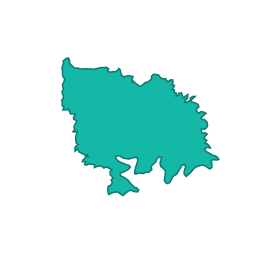 Diamante do Sul, Paraná, Brazil, rotated 126°
{"feature_id": "56859067B73289338491032", "entity_name": "Diamante do Sul", "entity_type": "district", "adm_level": 2, "iso_a3": "BRA", "parent_name": "Brazil", "parent_adm1": "Paraná", "projection": "mercator", "projection_center": [-52.698, -24.994], "detail": "fine", "context": "isolated", "style": "filled", "palette": "teal", "viewbox_px": 256, "rotation_deg": 126, "n_neighbors": 0, "source": "geoboundaries", "source_scale": "gbopen_adm2", "svg_char_len": 3524}
<svg xmlns="http://www.w3.org/2000/svg" viewBox="0 0 256 256"><g transform="rotate(126 128 128)"><path d="M95.8,49.6L94.7,52.0L94.3,54.7L95.1,56.6L93.5,57.0L91.6,57.1L91.9,60.0L89.3,60.9L86.4,60.3L86.5,62.7L88.3,64.3L87.9,66.6L85.5,68.0L84.2,65.6L81.5,64.5L79.2,65.1L76.6,67.7L76.3,71.4L77.7,73.1L77.0,75.1L75.0,74.5L72.4,74.0L70.3,73.5L70.6,75.8L71.8,78.6L74.7,79.6L73.7,83.1L71.5,83.9L69.5,82.9L67.7,85.0L68.2,88.2L69.1,91.3L69.1,93.8L71.9,95.4L74.1,97.1L72.2,98.0L69.3,97.3L65.7,99.2L68.7,100.4L70.8,100.4L70.3,102.5L68.1,105.4L70.0,107.3L71.8,106.5L73.8,107.9L71.4,109.1L71.9,111.7L69.9,112.9L71.1,115.3L68.7,114.9L66.2,115.5L67.2,117.7L64.5,118.5L62.8,120.1L64.2,122.0L66.4,122.4L67.3,125.0L65.8,126.4L67.5,128.1L68.3,131.2L67.2,134.3L68.3,137.1L69.5,138.9L72.1,139.4L74.7,137.8L77.5,138.5L79.6,139.2L81.0,140.8L86.1,141.8L87.4,143.3L87.4,145.7L87.4,148.9L86.8,151.1L88.6,151.7L87.0,153.0L83.4,154.2L85.6,158.9L87.6,160.1L89.4,162.1L88.9,164.5L87.4,166.6L85.6,168.3L85.3,170.4L87.4,170.3L89.9,171.2L91.3,173.4L93.6,175.5L93.7,178.1L91.3,178.6L91.7,181.3L93.5,183.3L95.0,185.5L97.1,187.2L98.8,188.7L100.9,190.3L101.7,192.3L103.3,194.4L104.7,196.7L108.1,200.9L109.2,204.2L111.0,206.3L110.3,211.4L109.9,213.5L107.6,214.9L106.4,217.5L108.6,219.0L112.0,219.9L113.2,218.3L115.8,217.7L118.5,216.5L120.1,214.8L121.8,213.5L123.5,212.0L124.7,210.6L125.5,208.1L128.2,207.0L130.5,206.7L132.1,205.9L133.7,203.9L135.2,202.7L137.2,202.9L139.1,201.0L140.4,198.6L142.3,197.9L144.5,198.0L146.0,196.0L148.5,194.7L148.9,192.0L151.7,191.4L149.3,188.2L147.4,186.9L148.9,185.5L150.4,182.6L148.9,180.9L147.8,178.6L150.9,178.6L152.8,177.1L152.3,173.7L154.9,173.1L157.5,172.9L159.1,172.1L160.6,170.2L163.3,170.4L162.4,168.3L160.8,167.3L162.8,166.0L165.3,165.4L168.6,163.1L170.6,161.0L170.5,158.7L174.6,159.7L177.9,157.2L174.3,156.3L176.1,153.8L175.7,150.1L175.0,148.0L175.7,145.4L178.5,145.2L180.3,145.7L182.1,145.2L180.1,142.5L183.1,141.6L182.3,139.6L180.6,139.2L179.5,137.2L177.2,133.5L179.8,131.9L178.1,130.9L176.1,129.8L174.3,126.5L174.7,124.1L171.8,122.2L171.8,119.7L171.3,116.6L174.1,116.8L176.4,114.8L176.6,112.4L177.5,110.7L180.0,111.1L181.5,108.4L184.6,108.4L186.6,109.7L188.9,108.9L191.5,106.6L193.2,104.6L189.9,102.8L188.4,101.8L186.4,99.6L185.7,97.3L185.9,94.5L185.5,92.3L182.3,91.6L178.0,90.4L176.4,88.1L175.8,85.8L175.0,84.0L173.9,82.6L171.8,82.9L171.3,86.0L172.2,87.7L171.4,93.1L170.2,97.3L170.2,101.7L170.9,105.0L170.5,107.1L168.4,107.4L165.8,105.5L161.5,103.4L159.8,103.1L158.0,103.3L157.7,105.5L158.6,107.3L159.1,110.2L160.1,113.6L160.4,116.6L159.8,120.4L158.0,120.8L156.5,119.9L155.4,118.2L155.3,115.5L154.7,112.9L153.7,111.3L152.5,108.8L150.2,107.5L146.5,103.7L148.2,101.1L150.6,100.2L155.4,98.7L157.8,97.6L159.6,96.9L161.1,95.8L160.2,94.1L157.8,92.7L156.9,90.6L155.6,88.6L153.4,87.9L151.6,85.2L147.6,84.2L146.0,86.8L143.3,86.4L139.0,85.6L135.9,86.4L133.3,85.9L132.0,83.5L137.5,81.6L139.8,79.0L139.9,75.9L140.8,72.4L143.8,70.5L148.6,68.1L150.2,65.6L149.7,63.2L147.2,62.1L141.4,63.1L139.3,62.7L136.8,61.5L130.6,62.0L126.6,62.3L124.3,61.0L125.3,58.7L128.1,57.8L130.6,56.8L132.2,55.5L133.0,52.5L128.8,51.5L126.6,51.1L124.3,51.0L121.6,50.8L119.3,49.9L116.2,47.8L114.3,45.9L113.3,43.6L113.1,37.8L110.7,37.0L108.5,38.4L105.8,41.3L103.8,40.9L101.7,37.2L100.0,36.1L99.0,38.9L99.4,41.1L100.4,43.9L100.4,46.4L100.9,48.9L101.0,51.1L99.9,54.0L97.1,52.6L95.8,49.6ZM175.7,145.4L173.6,145.3L174.7,143.3L175.7,145.4ZM69.1,93.8L66.1,92.8L63.0,92.3L64.3,94.1L67.1,95.2L69.1,93.8Z" fill="#14b8a6" stroke="#0f766e" stroke-width="1.5"/></g></svg>